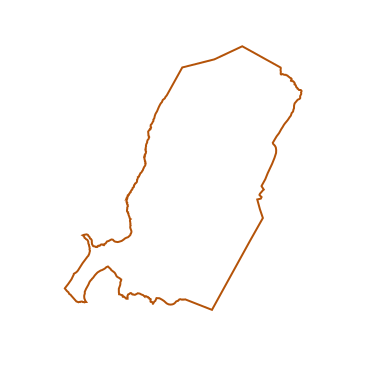 Turkana North, Rift Valley, Kenya (Robinson projection), rotated 29°
{"feature_id": "3690345B58335120983870", "entity_name": "Turkana North", "entity_type": "district", "adm_level": 2, "iso_a3": "KEN", "parent_name": "Kenya", "parent_adm1": "Rift Valley", "projection": "robinson", "projection_center": [35.285, 4.376], "detail": "fine", "context": "isolated", "style": "outline", "palette": "amber", "viewbox_px": 384, "rotation_deg": 29, "n_neighbors": 0, "source": "geoboundaries", "source_scale": "gbopen_adm2", "svg_char_len": 6023}
<svg xmlns="http://www.w3.org/2000/svg" viewBox="0 0 384 384"><g transform="rotate(29 192 192)"><path d="M187.4,316.6L186.6,315.0L186.0,314.5L185.8,312.6L186.7,311.4L186.9,310.6L187.5,310.0L188.2,310.0L189.3,310.5L189.6,310.5L190.3,310.0L191.2,310.0L192.1,309.4L192.3,308.9L192.9,308.3L193.6,306.9L195.5,306.2L197.4,306.2L199.2,305.9L201.3,306.4L201.2,306.0L201.5,305.8L202.0,305.8L202.5,305.4L203.5,305.5L204.3,305.2L204.7,305.6L205.8,305.4L206.4,306.0L206.8,306.0L207.5,305.7L207.9,305.8L208.5,307.5L208.9,308.0L209.3,308.1L210.0,307.7L210.6,307.6L211.4,308.1L211.9,308.7L212.1,308.6L212.2,306.0L212.7,305.1L212.4,302.0L215.1,300.7L218.1,300.7L220.4,300.9L223.8,301.7L226.0,301.6L227.8,300.9L229.2,299.9L230.2,298.8L231.0,296.9L231.1,295.7L231.5,295.0L232.1,294.4L232.2,294.1L232.6,293.9L233.0,292.1L233.8,291.4L235.6,291.0L236.2,290.3L236.9,290.2L238.1,289.2L266.6,285.4L266.4,206.2L266.6,180.4L259.8,174.2L252.7,166.9L255.4,164.4L255.3,162.7L252.6,162.0L252.3,161.5L252.3,160.4L253.3,155.7L253.6,155.1L250.0,153.2L249.9,152.9L249.9,145.3L249.1,138.9L248.4,128.5L247.6,122.1L246.6,117.1L245.3,114.5L243.7,112.4L242.0,111.3L239.7,110.6L238.8,109.8L239.0,102.4L239.6,98.3L239.6,93.7L239.8,91.0L239.8,89.2L240.0,87.2L240.8,83.0L241.0,81.0L241.1,79.3L241.3,78.3L241.4,77.2L240.9,74.6L241.3,73.1L241.3,72.3L240.8,70.9L240.6,69.3L239.4,67.0L238.8,64.8L239.7,60.1L240.9,58.5L241.1,57.4L240.1,55.7L240.0,53.3L239.8,52.9L239.1,52.1L239.0,50.9L238.8,50.5L238.3,50.2L237.6,50.1L236.2,50.9L234.8,50.4L234.2,50.5L233.5,49.8L232.6,49.8L232.1,49.5L231.5,48.8L230.9,48.3L229.5,48.2L229.3,48.0L229.3,47.2L228.2,46.5L226.7,46.1L225.9,46.5L225.5,46.4L224.6,46.7L224.4,46.3L224.7,45.8L224.7,45.4L224.3,44.8L223.6,44.5L222.8,44.5L222.1,44.6L221.1,44.3L220.3,44.3L219.2,43.9L218.8,43.9L217.9,44.2L217.3,44.0L215.8,44.8L214.1,44.9L213.3,45.8L212.9,46.0L212.6,45.9L212.3,45.7L211.3,43.6L210.3,42.4L209.8,41.0L209.2,40.2L165.3,40.2L147.2,65.2L123.1,87.8L123.1,119.8L122.7,121.8L122.8,123.3L121.8,125.7L122.1,128.0L121.7,129.7L121.7,131.8L121.8,133.9L122.3,138.3L122.2,141.2L122.5,143.2L123.3,146.0L123.1,147.4L123.8,148.5L123.7,150.0L123.8,151.6L123.4,153.3L123.9,154.6L124.9,155.2L125.0,155.6L124.9,156.1L125.2,156.6L125.2,157.3L124.6,157.3L124.6,158.8L124.4,159.8L124.4,160.5L126.0,162.8L126.2,163.4L126.6,163.7L126.8,164.0L127.3,164.1L127.5,164.5L127.9,164.7L127.8,165.2L128.1,165.6L128.3,166.9L128.0,168.1L128.3,169.6L128.8,170.5L128.8,172.1L129.2,173.7L129.7,174.3L129.9,175.4L130.5,176.4L130.4,176.8L130.6,177.4L131.0,177.5L131.0,177.9L131.4,178.1L131.9,178.9L132.2,178.9L132.8,180.5L132.6,181.9L132.7,182.6L133.0,182.6L133.0,183.1L133.4,183.5L133.1,184.1L133.3,184.3L133.3,184.7L133.7,184.9L133.6,185.2L134.0,185.5L134.8,186.6L135.3,187.0L135.9,187.9L136.2,187.8L136.5,188.1L137.2,189.6L137.6,189.5L138.2,191.4L138.2,192.1L138.1,192.4L138.0,194.0L138.2,194.6L138.2,196.0L138.4,196.4L138.4,197.4L138.2,198.1L138.3,198.5L138.2,199.8L137.8,200.3L137.8,201.3L138.0,202.3L137.8,202.9L138.1,203.9L137.6,204.9L137.9,205.0L137.7,205.6L138.1,207.2L138.0,208.0L138.2,208.4L138.6,208.8L138.9,210.3L138.6,211.5L138.3,211.7L138.1,212.5L138.3,213.1L138.2,213.3L138.1,213.9L138.0,214.3L138.2,214.5L138.7,215.7L138.1,217.1L138.5,217.9L138.2,219.1L138.4,219.6L138.2,219.9L138.1,222.1L138.4,222.2L138.0,223.4L137.9,224.0L138.1,224.3L137.9,224.8L138.1,224.9L138.2,225.2L138.0,225.7L137.5,225.8L137.4,226.1L137.7,226.5L137.7,227.1L138.1,227.3L137.9,227.8L138.0,228.2L137.8,228.5L137.9,228.8L137.8,229.1L138.1,229.2L138.1,229.5L138.4,229.1L138.6,229.2L138.6,229.8L138.3,229.9L138.3,230.1L138.7,230.3L138.7,230.7L138.9,230.9L139.0,231.3L139.4,232.3L139.9,232.3L140.4,232.6L140.3,233.1L141.0,234.0L141.3,234.0L141.8,234.1L142.3,235.2L142.8,235.4L142.8,236.2L143.0,237.4L143.6,238.1L143.7,238.8L144.3,240.1L144.7,240.5L145.2,240.6L145.4,240.8L145.9,240.7L146.1,241.1L146.1,241.4L146.3,241.6L147.0,241.8L147.4,242.6L149.4,244.2L149.9,244.9L150.3,245.0L150.9,245.5L151.4,245.5L151.2,246.1L151.6,247.1L151.9,247.6L152.6,248.2L153.0,249.1L153.6,249.6L153.8,250.4L154.1,250.7L154.5,250.9L154.5,251.6L155.3,253.2L158.0,255.6L158.5,256.6L158.7,257.8L158.6,258.5L158.9,259.2L158.7,260.3L158.0,262.5L156.7,263.9L155.7,265.5L155.4,266.5L154.2,268.9L152.1,271.1L151.3,271.8L149.7,272.4L148.6,272.7L147.9,272.7L145.9,272.1L144.7,272.5L144.3,272.9L142.8,275.3L141.6,276.5L141.4,278.8L140.7,279.9L140.9,280.8L140.8,281.2L140.3,281.3L139.6,281.1L139.3,281.5L138.6,281.5L137.7,282.3L137.5,282.7L137.6,283.2L137.5,283.5L137.0,284.1L136.2,284.3L136.0,284.5L135.9,284.7L135.9,285.9L135.2,286.4L134.8,286.3L134.3,286.8L133.2,286.7L132.2,287.2L131.7,287.2L129.9,286.1L128.9,284.8L128.0,283.2L127.3,282.5L126.2,282.0L125.5,282.1L123.9,280.9L123.0,280.8L122.0,280.1L121.5,280.0L120.3,280.2L118.2,281.9L117.4,282.9L118.8,283.0L120.3,284.2L121.1,284.2L122.1,284.6L123.6,284.6L125.1,285.5L126.5,287.5L127.6,288.1L128.0,289.0L128.8,289.5L129.4,290.5L129.9,290.9L130.3,292.1L131.3,292.9L131.7,294.6L132.1,296.0L132.1,297.2L132.3,297.8L131.9,299.3L130.8,307.4L130.3,316.0L130.1,317.1L129.5,318.8L128.3,320.8L128.6,321.5L128.9,326.8L128.3,332.6L127.5,337.6L127.5,338.0L130.8,339.3L132.5,339.6L134.1,340.7L135.5,340.7L136.7,341.2L144.0,343.8L144.8,343.6L146.1,343.5L146.8,342.7L147.5,342.5L147.8,341.9L148.6,341.3L148.9,341.1L149.8,341.2L150.5,340.8L151.4,340.7L151.9,340.1L152.8,339.5L151.3,338.8L150.4,338.0L149.3,337.1L148.1,335.2L147.8,334.3L147.5,332.8L146.6,331.3L146.3,328.2L146.3,323.1L146.0,320.6L146.2,318.4L146.6,317.3L146.6,316.5L147.1,314.9L147.4,312.1L147.9,309.9L148.4,308.1L150.2,304.9L151.0,304.1L152.3,302.2L153.1,300.7L153.5,299.3L154.6,297.9L158.4,298.9L159.2,299.4L163.3,300.0L164.5,300.6L167.0,302.3L168.1,302.5L170.6,302.5L171.7,302.8L172.5,302.8L172.9,303.7L173.1,305.8L173.8,306.9L174.3,308.2L174.9,312.1L176.8,315.4L177.4,316.1L177.8,316.8L178.9,316.4L179.8,316.4L181.2,316.0L181.6,316.2L182.0,317.1L182.3,317.2L182.5,317.1L182.6,316.6L182.9,316.5L183.8,316.6L184.1,316.8L185.4,316.8L186.2,317.2L187.4,316.6Z" fill="none" stroke="#b45309" stroke-width="2"/></g></svg>